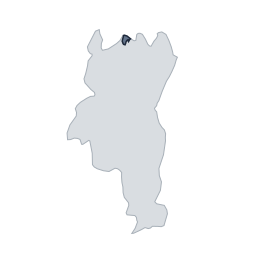 Slovenia, with Miren-Kostanjevica highlighted, rotated 104°
{"feature_id": "SVN-1032", "entity_name": "Miren-Kostanjevica", "entity_type": "Municipality", "adm_level": 1, "iso_a3": "SVN", "parent_name": "Slovenia", "parent_adm1": "", "projection": "natural_earth1", "projection_center": [13.637, 45.866], "detail": "fine", "context": "in_parent", "style": "filled", "palette": "slate", "viewbox_px": 256, "rotation_deg": 104, "n_neighbors": 0, "source": "natural_earth", "source_scale": "10m", "svg_char_len": 1990}
<svg xmlns="http://www.w3.org/2000/svg" viewBox="0 0 256 256"><g transform="rotate(104 128 128)"><path d="M229.4,98.8L223.6,96.8L216.8,96.0L215.5,97.1L212.7,98.2L211.3,100.2L212.5,107.9L210.8,109.3L203.0,108.5L200.4,109.4L196.2,114.8L191.9,117.1L186.4,118.7L182.3,120.7L177.1,122.4L172.7,123.4L171.0,125.8L170.0,128.4L170.2,130.9L174.8,135.9L175.4,141.3L175.0,147.8L174.0,151.3L172.2,153.6L161.2,156.6L149.8,161.9L149.5,163.1L154.8,167.9L155.0,169.1L150.7,171.8L150.3,174.5L150.8,177.7L153.1,180.9L154.0,183.8L147.6,185.9L139.1,185.1L128.9,181.1L125.4,181.7L122.0,183.8L118.5,182.9L114.6,180.4L109.1,175.2L106.4,172.0L105.3,168.6L103.8,168.1L101.6,169.1L99.7,173.2L94.7,180.6L91.0,182.6L85.3,182.2L77.4,182.3L72.5,182.9L66.5,180.3L65.0,180.8L65.0,182.5L62.8,185.2L59.1,187.0L41.9,183.0L39.5,179.7L43.4,178.1L48.7,173.9L52.4,174.3L56.8,173.4L58.8,171.6L56.0,166.2L48.9,159.6L45.1,157.0L39.9,155.4L39.0,153.6L41.9,143.1L41.0,141.6L35.1,142.1L33.7,141.0L33.2,139.2L33.6,136.7L37.6,132.6L42.0,129.0L43.2,126.9L43.1,125.4L37.4,123.8L34.0,122.1L31.2,121.5L29.4,122.5L28.0,121.4L26.6,118.4L28.0,113.8L33.1,109.6L38.6,105.8L43.4,103.1L46.1,101.9L47.4,97.2L50.3,97.7L55.9,97.9L62.2,99.0L68.1,100.3L73.2,102.0L84.1,103.7L94.0,104.7L96.9,105.7L99.4,105.6L102.4,107.1L104.1,106.0L105.4,104.1L110.8,101.8L115.7,98.9L119.2,95.2L121.1,92.2L124.5,90.1L128.1,89.5L131.4,88.5L145.4,87.1L159.7,88.2L166.6,86.1L172.2,82.5L180.4,81.5L180.8,81.5L193.1,84.2L194.1,82.6L194.6,81.9L194.3,74.1L198.1,70.5L201.7,69.0L214.0,69.5L215.7,71.9L216.3,75.6L217.5,80.6L219.6,82.0L220.7,84.0L220.5,87.4L223.0,90.0L228.7,97.0L229.4,98.8Z" fill="#d9dde1" stroke="#a8b0b8" stroke-width="1"/><path d="M39.3,154.8L38.8,153.9L39.0,151.1L40.9,147.1L41.8,147.8L44.0,148.4L43.5,148.8L43.2,148.8L42.6,148.9L42.3,149.0L42.3,149.3L42.9,149.9L43.5,150.3L45.2,150.8L46.1,150.7L48.0,151.0L47.9,152.6L47.5,152.8L47.1,153.4L46.3,153.8L45.5,154.5L44.1,154.7L40.4,154.6L39.3,154.8Z" fill="#64748b" stroke="#1e293b" stroke-width="1.5"/></g></svg>